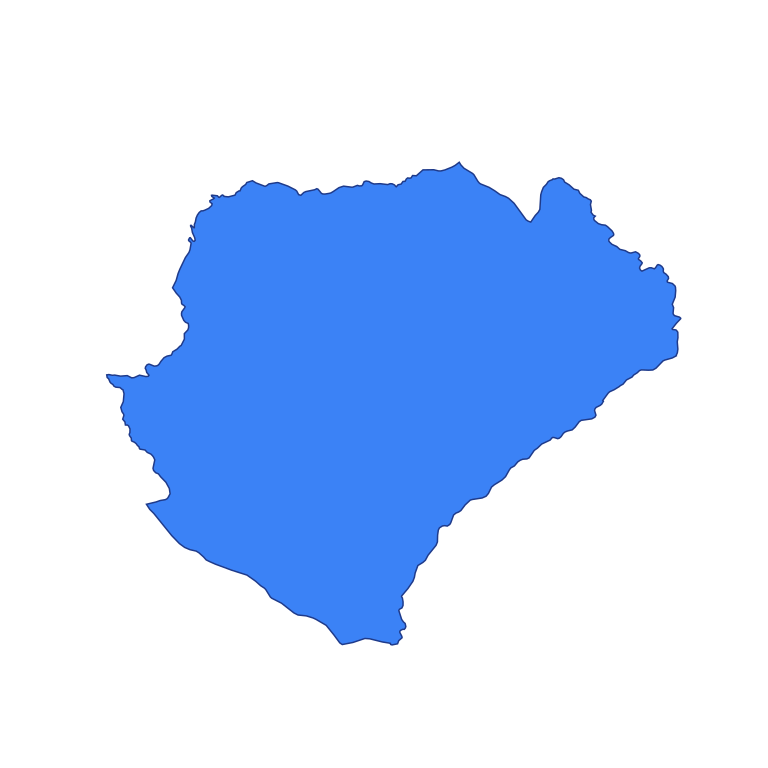 the district of Dosquebradas, Risaralda, Colombia, rotated 292°
{"feature_id": "7082276B1259376417396", "entity_name": "Dosquebradas", "entity_type": "district", "adm_level": 2, "iso_a3": "COL", "parent_name": "Colombia", "parent_adm1": "Risaralda", "projection": "mercator", "projection_center": [-75.67, 4.841], "detail": "fine", "context": "isolated", "style": "filled", "palette": "blue", "viewbox_px": 768, "rotation_deg": 292, "n_neighbors": 0, "source": "geoboundaries", "source_scale": "gbopen_adm2", "svg_char_len": 6171}
<svg xmlns="http://www.w3.org/2000/svg" viewBox="0 0 768 768"><g transform="rotate(292 384 384)"><path d="M519.7,644.5L520.1,644.2L522.8,644.3L526.4,643.4L533.0,640.1L537.0,639.2L542.1,637.0L543.4,634.9L543.4,633.9L542.7,631.5L542.7,630.9L543.2,630.4L550.0,632.4L555.6,634.6L556.1,634.5L556.7,633.0L556.2,627.7L557.1,626.1L557.9,625.5L563.3,623.9L565.9,621.4L573.7,621.4L579.8,619.5L582.9,618.0L583.9,617.1L585.2,613.8L584.6,608.8L584.9,608.3L585.9,607.9L588.4,608.3L590.0,607.4L591.5,604.4L592.1,601.6L593.3,600.6L595.3,600.0L596.1,599.1L597.1,597.5L597.6,595.4L597.4,593.4L596.6,592.8L593.5,592.2L592.1,591.5L591.9,588.3L591.1,586.4L585.5,581.1L585.3,580.4L585.8,579.0L587.2,577.5L589.1,577.3L592.2,578.1L593.1,578.0L594.2,576.1L594.9,573.3L595.6,572.9L598.0,573.4L599.0,573.1L599.8,572.4L600.5,570.6L600.8,567.7L598.0,564.0L597.7,563.1L597.5,561.5L598.0,557.8L597.2,552.2L598.6,548.5L598.9,543.0L600.1,540.0L600.8,538.9L602.5,538.2L604.5,539.0L607.7,541.1L608.7,541.0L609.7,540.3L611.3,538.2L613.6,532.4L614.2,529.8L613.2,526.1L613.0,522.6L614.5,517.8L615.5,516.7L616.8,516.2L618.8,517.0L618.9,514.8L620.8,511.6L622.7,511.3L627.7,508.2L631.2,507.7L632.1,506.3L632.1,504.0L632.6,501.7L632.3,499.1L634.1,494.2L636.4,491.6L635.8,487.1L638.0,481.1L638.9,475.8L640.6,474.0L641.2,471.5L640.8,468.9L638.0,465.5L637.4,463.8L636.5,463.5L634.5,461.4L633.1,460.4L630.0,459.8L626.0,458.1L621.4,458.1L618.1,458.5L604.3,463.1L601.1,462.7L596.9,461.1L589.1,459.4L589.0,456.9L589.4,454.4L600.3,436.9L602.9,429.9L603.3,426.3L603.1,420.6L604.6,414.4L605.7,407.8L605.7,398.6L606.0,397.2L607.1,395.1L611.7,389.0L612.4,387.3L614.0,377.3L616.0,373.1L617.8,370.7L613.4,368.1L610.6,365.8L605.3,360.3L602.9,357.0L602.0,354.8L601.3,349.9L597.1,339.9L589.2,336.0L588.0,332.4L585.3,331.9L584.5,330.9L583.9,328.7L582.4,327.9L579.8,327.6L578.9,325.7L575.8,325.0L574.0,322.4L571.5,321.5L571.5,321.0L572.5,319.2L572.7,316.6L572.0,314.6L570.3,312.8L568.3,305.4L565.7,299.8L565.6,297.0L566.1,294.2L565.5,291.4L564.2,289.8L560.7,289.6L559.4,289.1L558.4,287.0L558.2,284.9L554.9,281.4L554.4,280.4L552.3,272.4L549.2,268.7L543.4,264.8L541.2,263.1L540.3,261.9L538.0,258.1L537.3,256.1L537.3,254.6L539.9,249.9L539.9,248.5L538.1,246.9L533.1,239.4L531.5,237.9L527.8,236.2L527.6,233.9L530.2,230.8L530.8,229.0L531.5,220.7L531.1,210.8L530.8,209.6L526.4,202.3L524.1,201.0L522.7,199.7L522.5,190.0L523.2,185.9L519.4,181.3L517.2,181.0L513.8,178.8L512.1,178.2L509.2,178.2L508.6,177.1L506.1,175.3L503.3,175.1L499.2,169.6L498.0,165.4L498.5,164.9L498.8,163.6L498.1,162.8L495.4,161.5L495.2,160.9L496.1,159.0L494.7,153.9L494.3,153.4L493.4,154.1L492.8,157.0L492.0,156.7L488.7,153.9L487.6,154.4L486.7,157.1L484.9,157.4L481.1,155.6L478.0,152.7L476.7,151.2L476.0,149.6L473.8,148.4L470.8,147.7L467.5,147.6L463.5,148.4L460.9,148.4L457.9,149.6L457.7,149.3L457.9,148.4L458.9,145.7L458.6,145.3L458.0,145.5L456.5,147.2L452.7,149.6L448.7,153.7L446.5,155.1L445.2,154.6L445.0,153.8L445.1,153.0L447.1,149.6L446.8,149.1L446.0,148.9L444.3,148.8L443.7,149.3L442.9,151.7L442.3,152.4L435.9,153.8L433.0,153.9L426.9,152.5L414.0,151.7L409.3,151.7L402.1,152.5L394.0,151.9L390.4,157.4L388.1,162.1L385.7,164.8L383.1,166.0L382.2,167.0L382.0,168.7L381.2,170.6L380.1,170.7L375.3,169.5L373.6,169.8L371.8,170.6L368.0,174.5L366.9,176.8L366.8,179.8L364.9,181.0L363.0,181.7L360.7,181.9L355.9,180.0L350.8,182.1L343.7,181.5L342.6,180.6L338.7,179.0L334.9,176.1L331.7,176.1L330.9,175.8L328.6,172.4L326.0,170.2L321.5,168.7L317.9,168.0L316.4,167.2L315.5,166.2L314.5,164.3L314.5,159.2L314.2,158.3L313.0,157.1L310.5,156.5L309.0,156.8L308.1,158.0L305.8,159.7L304.1,162.8L302.8,162.5L301.7,160.5L300.6,154.0L296.3,149.9L295.2,147.8L295.6,142.8L292.6,136.8L291.4,131.0L290.3,128.8L289.7,125.4L288.6,123.5L286.3,124.9L285.7,126.7L283.1,129.3L282.4,130.7L282.0,132.8L280.8,134.5L280.6,136.5L281.8,140.6L280.9,143.1L280.9,144.1L277.6,146.6L270.0,148.9L263.7,148.7L260.1,151.5L258.5,153.9L257.4,154.6L253.5,154.9L251.8,158.0L249.1,159.6L249.8,161.5L249.5,162.8L247.2,165.3L243.8,166.6L241.9,166.6L240.8,167.4L239.2,169.9L237.0,171.0L236.6,171.6L236.5,174.5L235.8,176.7L234.7,178.3L234.0,180.3L232.5,181.5L232.2,182.2L233.3,187.1L231.9,190.1L231.7,194.1L230.8,196.2L229.8,197.8L227.8,199.9L219.3,201.4L217.5,202.8L216.2,205.5L216.2,208.5L214.3,211.6L211.2,218.6L206.7,224.1L202.1,226.8L197.6,226.3L196.1,225.7L194.8,224.5L192.1,220.1L189.2,216.8L183.5,208.8L180.0,213.8L177.8,219.0L163.9,244.0L159.4,254.1L157.8,260.4L157.7,266.1L158.7,272.4L158.2,275.6L156.1,281.4L154.3,285.0L154.0,289.0L153.8,295.2L154.3,312.6L155.5,328.5L153.1,338.7L150.8,345.1L149.9,349.7L149.1,351.4L143.9,358.5L143.3,360.3L142.4,371.0L138.0,386.2L137.6,390.8L139.9,398.8L140.5,405.9L140.3,409.1L138.6,420.8L132.5,431.7L127.4,440.0L126.8,442.9L132.7,452.0L140.9,461.6L142.4,466.2L144.2,479.1L145.7,485.7L145.9,487.1L145.0,487.7L145.1,489.2L148.2,493.9L151.5,493.8L155.5,495.8L156.7,495.1L159.7,491.6L160.7,491.3L162.1,491.9L163.6,493.3L164.1,494.7L165.7,495.2L167.3,495.1L169.9,493.3L170.7,491.1L172.4,488.5L179.5,482.6L180.9,482.7L183.1,484.5L185.8,484.6L189.1,483.3L192.5,481.2L193.4,479.9L194.2,479.8L203.3,482.8L211.9,484.7L216.2,484.6L220.4,483.7L228.4,483.4L233.1,486.9L236.1,488.4L241.8,489.0L253.9,492.7L257.6,492.7L264.0,490.3L268.9,489.1L271.4,489.3L274.2,491.3L275.4,493.3L276.0,495.9L278.4,497.6L280.3,497.9L288.6,497.6L291.3,499.1L293.3,501.2L295.5,502.7L302.2,504.5L308.7,507.5L310.1,509.3L315.1,517.7L318.2,520.7L321.6,521.8L328.7,522.3L332.0,524.1L339.1,529.3L343.6,531.4L351.4,532.4L353.7,533.0L356.9,535.6L361.9,537.2L364.4,538.9L366.2,540.8L368.1,544.6L369.8,546.2L378.8,548.2L382.0,550.3L387.4,552.7L394.3,559.1L396.7,559.8L397.7,560.5L398.1,561.9L398.4,565.6L399.5,566.9L401.5,567.9L405.5,568.8L407.4,569.9L409.2,571.8L412.0,575.7L415.7,577.4L422.1,579.1L424.2,580.5L429.5,589.7L432.3,592.0L434.5,592.2L438.2,589.2L439.8,588.9L441.7,589.4L445.1,592.4L446.9,593.4L450.2,593.9L450.6,593.0L459.3,595.2L461.3,596.1L465.0,599.6L469.9,603.2L471.0,603.7L473.4,605.7L478.6,607.3L483.4,611.4L485.8,612.1L489.3,614.6L492.2,615.9L493.5,617.4L495.9,624.1L497.7,628.0L500.6,630.3L509.8,634.0L511.3,635.3L516.2,641.6L519.7,644.5Z" fill="#3b82f6" stroke="#1e3a8a" stroke-width="1.5"/></g></svg>